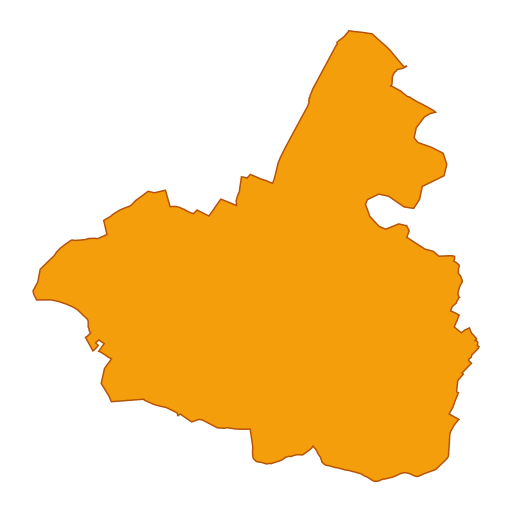 Santimbru, Alba, Romania
{"feature_id": "2599482B84264195249861", "entity_name": "Santimbru", "entity_type": "district", "adm_level": 2, "iso_a3": "ROU", "parent_name": "Romania", "parent_adm1": "Alba", "projection": "natural_earth1", "projection_center": [23.665, 46.133], "detail": "fine", "context": "isolated", "style": "filled", "palette": "amber", "viewbox_px": 512, "rotation_deg": 0, "n_neighbors": 0, "source": "geoboundaries", "source_scale": "gbopen_adm2", "svg_char_len": 4870}
<svg xmlns="http://www.w3.org/2000/svg" viewBox="0 0 512 512"><path d="M379.0,480.9L380.9,479.9L383.0,479.1L384.9,479.0L392.6,477.1L395.6,475.9L400.8,473.5L402.5,473.0L404.9,472.7L407.1,473.0L410.1,473.8L412.0,474.8L415.6,476.3L417.3,476.5L418.5,476.2L424.7,473.5L431.3,471.1L435.1,469.8L435.8,469.4L445.8,459.8L447.0,458.5L448.2,456.6L448.7,454.4L448.6,452.7L449.3,444.0L449.7,435.7L449.9,433.6L451.0,430.8L454.1,425.2L458.1,420.1L458.9,419.4L449.1,414.0L452.9,407.1L454.1,403.9L454.4,402.7L458.4,392.7L456.7,391.9L456.6,391.2L457.8,380.5L463.3,374.1L462.0,373.0L471.5,363.2L468.7,360.7L468.5,360.2L468.8,359.7L468.7,359.6L469.1,358.8L471.3,357.3L471.7,355.1L472.7,354.1L477.0,349.7L477.2,349.0L478.2,348.6L479.0,346.7L478.0,346.4L477.9,345.7L477.2,345.2L477.8,343.5L477.6,342.0L476.5,340.7L475.1,340.5L476.6,338.8L471.5,333.0L470.0,329.7L469.5,327.9L464.9,330.0L461.3,332.8L454.3,327.0L456.0,322.6L457.3,320.2L458.6,315.9L459.2,315.1L454.8,312.7L450.5,310.9L452.1,307.0L453.4,305.6L456.1,303.2L456.8,301.5L458.0,299.4L458.7,297.9L459.5,297.4L458.7,296.5L457.8,293.7L459.4,287.3L460.7,284.6L462.3,281.7L462.2,280.2L460.6,276.0L458.4,273.5L458.4,269.1L459.3,265.8L459.0,264.9L456.0,262.3L454.0,261.4L453.8,261.0L454.6,258.6L454.5,256.3L451.5,255.7L438.8,256.2L433.4,251.4L424.9,249.1L406.8,237.3L409.2,230.8L406.7,225.8L398.8,223.9L385.7,229.2L379.0,226.3L369.9,216.5L365.5,204.4L367.4,199.6L378.8,194.1L388.5,196.2L404.1,206.9L413.7,208.4L419.5,199.4L422.3,186.4L444.0,175.8L446.8,164.5L443.2,153.3L431.8,147.5L417.9,142.5L414.1,137.8L415.4,131.9L415.8,129.9L416.2,127.9L421.7,120.5L424.5,116.9L430.0,113.7L432.8,112.9L435.6,112.2L435.2,111.8L433.3,110.4L425.1,105.8L422.5,104.4L419.8,103.1L417.1,101.7L413.1,99.3L409.3,96.9L407.7,96.7L406.6,95.9L404.7,94.4L402.9,93.0L401.3,91.4L391.3,85.9L390.9,86.0L392.0,84.0L392.1,82.5L392.4,76.6L394.4,72.5L396.0,71.3L396.9,69.9L397.6,69.4L402.8,68.3L404.6,67.4L406.5,66.4L406.3,66.0L404.1,67.0L401.6,64.1L398.9,61.0L396.6,58.2L389.9,50.1L385.5,45.8L382.1,42.9L372.3,34.0L371.8,33.8L362.7,32.4L355.2,31.6L354.6,31.6L348.6,30.7L348.6,31.3L348.2,31.8L344.5,36.2L343.1,37.4L341.8,38.5L339.5,40.3L339.4,40.2L336.8,42.6L337.2,43.6L337.1,44.4L335.9,45.9L316.2,82.6L312.9,88.7L311.0,93.5L310.4,94.6L309.7,97.8L309.2,97.9L308.8,101.0L309.2,101.8L307.6,106.4L305.9,109.4L303.7,113.5L300.8,118.7L298.2,123.7L294.4,130.6L285.1,148.0L280.4,157.5L278.3,162.5L274.4,178.5L272.6,183.2L270.4,182.5L265.4,180.3L265.1,180.4L260.2,178.7L255.7,176.7L250.4,174.4L247.0,178.1L246.7,178.0L243.9,177.2L241.4,176.9L240.8,181.5L239.8,187.8L239.4,191.7L237.7,195.3L236.6,199.2L236.2,200.7L236.5,205.5L220.8,199.1L217.0,204.5L212.6,210.9L208.9,216.0L198.3,210.7L197.1,210.0L193.3,213.7L190.3,212.6L187.1,211.1L184.1,209.3L181.9,208.6L180.9,208.0L179.2,207.3L176.5,206.6L173.7,206.4L170.1,206.7L165.4,190.2L154.9,192.7L153.0,192.5L148.1,191.3L139.3,198.0L135.9,200.3L131.1,205.3L128.4,206.7L124.9,207.9L119.9,210.0L114.3,213.4L112.4,214.8L110.4,216.5L103.7,220.4L105.6,228.6L107.0,234.5L97.6,238.7L95.0,238.3L88.9,238.5L85.3,239.6L83.8,239.7L82.9,239.8L81.1,240.0L79.4,240.1L77.5,240.3L74.0,240.4L72.1,240.0L71.3,240.2L68.6,242.0L64.4,245.0L60.5,248.0L57.2,251.4L55.9,253.1L54.2,255.7L52.5,257.4L50.2,259.5L46.0,263.6L40.2,269.3L37.8,282.0L35.4,286.5L33.0,291.0L33.2,291.7L33.4,292.3L33.5,293.7L36.6,300.0L37.9,299.9L51.2,299.9L58.9,301.6L66.9,304.3L73.7,307.4L77.9,310.1L83.5,315.6L87.1,318.9L88.0,320.5L88.2,321.6L88.2,327.1L88.4,327.4L88.9,328.3L89.2,330.5L90.6,333.1L87.3,336.2L85.5,337.3L92.9,350.9L94.2,349.9L94.7,349.4L95.0,349.1L96.1,348.0L97.3,346.7L98.3,345.4L95.7,343.0L95.8,342.5L97.5,341.2L98.8,339.8L100.3,341.1L104.2,343.5L98.7,351.4L99.2,351.5L99.8,351.7L101.5,352.6L105.7,355.3L106.1,355.6L106.8,356.1L107.7,356.9L109.1,357.6L111.5,358.9L104.5,368.5L103.4,373.5L101.2,383.5L106.9,392.7L108.7,395.6L111.4,401.7L130.8,400.2L143.9,399.2L144.2,400.0L144.8,400.4L153.3,404.2L156.8,405.3L162.0,406.6L165.5,407.3L168.3,408.4L169.8,409.3L173.9,411.2L176.8,412.7L177.4,413.7L177.7,415.5L178.1,415.7L180.1,414.0L191.6,421.9L199.2,419.4L202.7,420.1L217.3,427.8L224.3,428.3L227.0,427.7L235.0,428.9L242.9,429.3L250.2,429.1L252.6,445.5L252.7,446.9L252.6,451.2L252.6,454.6L253.2,458.2L255.3,460.5L256.1,461.3L256.9,461.7L258.7,462.0L261.8,462.5L263.9,463.1L265.8,463.8L266.8,463.9L270.1,463.4L271.0,463.7L275.0,462.3L279.6,460.9L282.3,459.7L284.5,458.1L286.3,457.0L288.5,456.4L291.0,456.5L293.7,455.5L297.2,454.7L302.7,454.9L309.4,450.0L311.7,448.0L312.6,446.8L312.7,446.3L313.1,446.1L314.8,448.3L315.5,448.9L316.7,450.9L317.7,453.3L320.4,457.2L322.1,462.3L324.3,464.3L325.2,464.9L327.1,465.5L328.8,465.7L332.6,466.7L335.1,467.5L336.8,467.7L342.5,469.1L345.0,469.9L349.5,470.6L352.8,471.6L354.7,471.9L358.0,473.0L360.8,473.7L364.0,475.7L367.2,477.1L373.3,480.9L375.0,481.3L376.8,481.3L379.0,480.9Z" fill="#f59e0b" stroke="#b45309" stroke-width="1.5"/></svg>